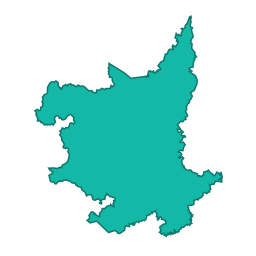 the district of Lombardia, Bergamo, Italy, rotated 268°
{"feature_id": "23120603B71310509030930", "entity_name": "Lombardia", "entity_type": "district", "adm_level": 2, "iso_a3": "ITA", "parent_name": "Italy", "parent_adm1": "Bergamo", "projection": "natural_earth1", "projection_center": [9.792, 45.657], "detail": "fine", "context": "isolated", "style": "filled", "palette": "teal", "viewbox_px": 256, "rotation_deg": 268, "n_neighbors": 0, "source": "geoboundaries", "source_scale": "gbopen_adm2", "svg_char_len": 5750}
<svg xmlns="http://www.w3.org/2000/svg" viewBox="0 0 256 256"><g transform="rotate(268 128 128)"><path d="M70.8,219.8L74.0,219.9L73.2,218.3L73.5,217.0L75.3,220.5L80.2,219.5L79.0,218.0L80.8,215.2L77.4,213.1L77.2,212.2L79.6,210.6L79.9,209.1L83.1,206.9L82.0,205.3L81.4,202.3L78.0,201.5L77.8,200.5L76.7,200.0L78.0,197.5L77.2,196.6L80.0,195.4L81.9,190.3L83.3,189.9L84.0,188.2L83.6,187.9L83.8,185.3L85.9,183.1L86.9,183.0L86.7,182.3L88.5,182.4L88.8,181.3L93.3,180.3L95.8,182.6L97.2,181.4L96.0,178.6L96.8,177.6L98.6,180.2L99.9,180.7L101.7,179.5L102.2,177.5L103.0,177.6L103.9,179.1L103.4,182.1L106.5,182.7L109.4,184.6L112.0,182.7L111.7,179.6L112.6,179.4L114.2,181.7L116.8,182.7L117.0,184.9L117.5,185.1L118.3,184.3L118.6,181.0L120.4,181.2L121.8,183.0L123.0,182.5L123.3,181.1L121.6,179.3L121.8,178.1L124.9,177.2L124.6,180.7L129.6,177.5L132.9,181.0L132.3,182.9L134.2,184.5L134.5,186.2L136.9,185.6L137.4,187.5L138.7,188.0L142.5,185.9L144.7,187.4L146.5,186.9L149.9,188.4L151.3,190.3L153.5,190.2L153.8,191.3L157.6,193.4L161.1,191.6L163.3,195.5L169.6,198.4L173.4,198.8L177.7,197.3L182.1,191.4L182.7,193.7L185.1,190.9L186.2,192.0L186.4,194.9L193.2,196.2L194.2,197.2L195.5,196.8L196.3,198.0L197.9,197.5L197.4,198.4L199.3,197.3L201.2,197.5L205.3,194.4L210.0,195.0L211.0,193.6L214.4,194.4L217.0,196.4L224.0,194.7L225.9,196.0L226.8,194.2L228.1,193.7L232.3,194.8L233.8,194.0L235.6,195.0L237.5,194.8L236.7,193.3L230.7,191.0L228.6,188.9L226.0,188.4L225.2,187.0L225.7,185.9L225.4,184.8L223.5,186.0L220.6,184.4L218.5,184.5L218.6,183.0L219.6,182.1L218.7,181.7L218.8,180.9L220.7,179.5L216.4,178.2L215.0,180.3L213.1,179.4L212.5,180.1L212.8,181.1L211.0,180.8L207.6,178.4L209.2,175.8L207.9,175.9L207.6,175.0L205.0,175.9L205.2,172.4L204.2,171.2L200.5,169.8L200.7,168.0L194.0,165.8L192.7,163.1L189.2,160.2L185.8,162.9L185.1,162.5L185.3,160.2L183.5,160.1L184.1,158.5L182.0,157.7L181.9,156.6L184.1,155.3L182.8,154.1L184.3,152.5L184.1,150.6L180.3,149.6L179.6,150.7L178.8,150.5L179.2,148.4L177.3,148.6L179.0,147.6L177.5,132.6L183.3,126.1L193.2,111.3L189.6,111.2L188.4,110.3L187.0,111.5L185.4,110.3L183.6,111.0L182.8,110.4L181.0,111.5L179.3,111.3L179.6,112.2L178.6,114.1L176.2,113.9L171.7,115.9L170.4,115.5L170.5,114.2L169.8,113.8L171.1,112.6L168.1,111.5L168.2,107.2L167.2,106.1L168.6,103.2L166.7,100.7L167.0,98.1L164.4,97.7L164.4,96.4L164.7,94.5L166.7,93.1L166.4,90.2L170.9,85.7L171.6,83.7L171.3,81.8L172.7,79.7L170.9,77.5L173.0,74.6L172.9,73.4L174.2,72.3L173.4,69.4L172.2,68.7L173.7,67.1L172.6,65.9L172.6,64.7L168.9,62.9L169.2,61.9L170.7,62.0L170.8,61.1L172.7,59.8L175.7,59.7L177.6,57.6L176.5,56.2L176.8,53.2L175.2,51.2L171.3,49.0L165.9,48.7L164.6,47.3L164.2,45.4L161.7,43.5L160.1,44.1L156.7,43.0L155.7,44.2L154.8,43.4L152.5,43.5L151.8,41.6L148.7,40.9L148.5,39.7L149.8,37.9L148.4,35.5L146.4,37.2L144.7,36.4L140.3,38.3L138.2,37.8L138.1,40.5L136.5,41.2L136.8,42.2L133.9,44.6L134.6,46.3L133.8,47.5L134.3,48.3L133.8,50.2L134.6,51.8L133.6,53.4L136.5,55.7L140.3,54.7L142.9,56.9L142.6,58.9L140.1,59.8L140.2,61.4L138.7,62.2L138.4,64.0L139.3,65.9L142.1,67.8L143.7,71.1L140.5,74.2L137.7,73.9L135.9,75.0L133.9,73.8L135.1,72.0L134.7,70.3L130.3,68.5L130.6,65.9L129.2,64.9L130.4,62.3L128.0,61.2L127.5,59.8L125.1,60.9L123.7,59.5L120.9,61.3L118.2,61.4L114.1,63.8L111.1,62.4L110.1,63.3L110.4,64.0L109.6,64.9L110.3,65.9L109.4,67.8L107.5,67.7L106.5,66.9L104.0,68.4L102.3,68.3L96.8,66.7L94.5,64.0L93.2,61.1L90.6,60.0L91.2,58.8L90.0,55.8L90.8,51.1L90.6,50.1L89.8,49.8L90.5,49.7L90.7,47.4L88.6,48.5L86.8,51.4L84.3,49.7L84.0,47.9L83.3,47.4L77.4,48.6L76.7,50.0L77.0,51.9L74.7,53.3L74.7,54.3L77.2,56.5L76.8,58.2L77.5,59.0L76.9,60.7L78.3,61.9L78.0,63.8L78.6,64.6L77.2,66.3L77.5,67.4L75.0,70.3L74.7,73.4L72.8,73.8L72.5,75.2L71.2,75.8L70.7,78.5L69.9,79.4L68.2,79.4L65.3,82.8L61.6,84.2L63.0,87.1L62.1,89.3L57.9,90.5L56.9,92.0L58.3,96.1L55.4,98.3L57.3,99.2L57.6,102.3L60.7,103.0L61.9,103.8L61.9,105.0L62.8,104.9L60.2,107.5L58.7,112.2L57.5,112.7L55.7,112.2L56.0,111.1L53.8,111.3L52.9,110.3L49.7,111.5L50.2,109.9L52.2,108.0L51.3,107.8L50.6,104.4L48.3,102.0L48.4,99.4L46.4,99.2L43.7,96.6L40.3,96.5L41.8,93.4L43.4,92.4L44.0,91.3L43.5,91.1L44.7,90.9L45.4,89.7L45.3,88.3L41.9,85.9L40.2,86.6L38.4,85.9L37.1,83.9L34.5,86.9L36.0,93.5L24.2,104.9L26.0,111.2L25.0,113.1L23.3,114.0L22.9,116.1L25.9,121.0L29.5,121.6L30.3,122.5L29.4,126.0L32.4,126.1L31.5,127.5L32.9,129.8L30.7,129.7L31.0,131.2L32.4,131.4L34.0,133.3L34.1,134.4L33.2,135.4L34.1,136.2L35.2,139.8L34.8,141.1L35.8,142.5L40.2,144.1L40.3,146.3L41.9,147.9L41.7,149.1L43.1,149.0L42.6,149.6L44.3,152.8L42.0,153.2L41.2,154.2L38.5,153.3L38.2,154.4L35.1,154.3L35.2,155.0L38.3,157.1L36.8,158.6L35.5,158.3L34.8,161.4L32.9,162.4L31.0,162.5L30.4,159.2L28.6,158.2L28.8,157.1L27.8,156.3L24.6,157.2L22.6,155.9L22.5,156.7L20.7,157.7L21.5,160.1L19.7,160.4L18.5,162.5L19.9,162.5L19.7,164.1L21.3,163.8L21.1,165.6L21.9,166.0L21.3,166.6L20.4,166.0L20.5,166.7L22.9,167.2L20.8,167.4L21.9,167.9L20.4,169.1L22.2,170.8L20.5,171.3L22.1,171.6L24.5,170.4L24.7,170.9L22.6,172.0L21.8,173.7L22.9,174.3L22.7,175.2L24.6,175.7L25.5,177.7L27.1,178.1L26.7,180.0L29.5,183.0L28.8,183.8L29.6,184.9L28.6,186.3L29.9,186.8L30.4,188.4L31.6,187.3L33.0,188.2L34.3,186.5L35.5,188.0L37.3,188.1L37.1,189.2L38.4,188.8L38.9,189.5L39.3,187.9L41.0,187.9L40.7,186.7L42.0,187.3L41.4,186.6L42.7,186.6L42.7,185.6L43.0,186.3L44.1,186.1L44.2,185.3L46.0,185.8L47.5,184.4L47.1,185.0L48.4,185.4L48.6,189.4L49.7,191.3L53.0,191.3L54.5,194.3L53.6,195.5L55.3,196.7L55.9,198.7L58.2,200.7L60.1,200.6L61.1,202.9L59.6,204.3L61.3,206.4L61.3,207.4L63.0,207.3L64.0,208.6L67.9,207.7L67.5,208.2L68.9,209.3L68.7,211.8L71.9,213.6L70.8,219.8ZM77.6,218.5L77.8,218.0L78.5,218.2L77.6,218.5ZM54.3,97.0L53.8,97.0L53.1,98.8L54.5,99.0L54.3,97.0ZM33.8,188.7L34.0,188.3L33.9,187.8L33.8,188.7Z" fill="#14b8a6" stroke="#0f766e" stroke-width="1.5"/></g></svg>